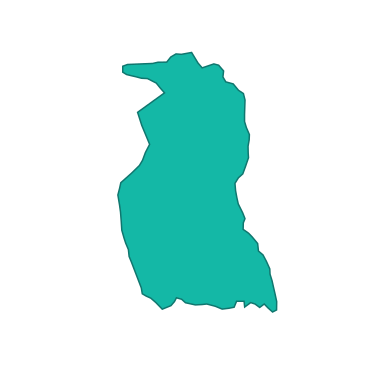 outline of Munhoz de Melo, Paraná, Brazil, rotated 153°
{"feature_id": "56859067B84090518695688", "entity_name": "Munhoz de Melo", "entity_type": "district", "adm_level": 2, "iso_a3": "BRA", "parent_name": "Brazil", "parent_adm1": "Paraná", "projection": "albers", "projection_center": [-51.738, -23.131], "detail": "fine", "context": "isolated", "style": "filled", "palette": "teal", "viewbox_px": 384, "rotation_deg": 153, "n_neighbors": 0, "source": "geoboundaries", "source_scale": "gbopen_adm2", "svg_char_len": 1454}
<svg xmlns="http://www.w3.org/2000/svg" viewBox="0 0 384 384"><g transform="rotate(153 192 192)"><path d="M282.5,123.9L280.1,120.1L276.9,116.1L274.4,109.9L271.7,101.1L262.3,100.3L257.4,102.3L253.9,104.8L249.9,101.1L248.1,96.3L240.3,89.9L234.2,87.2L229.7,85.5L223.1,79.6L218.3,74.0L212.0,71.7L206.8,70.2L201.9,74.4L195.2,71.0L197.3,65.6L189.9,66.8L186.7,63.6L184.1,58.4L178.5,59.4L176.9,54.2L174.7,48.5L170.2,48.5L166.3,55.9L164.4,63.0L162.6,70.2L161.0,76.4L159.8,83.3L157.6,88.2L157.2,96.3L157.3,103.7L159.6,109.2L156.9,116.3L158.8,124.7L160.3,129.6L163.4,135.5L160.3,141.2L156.9,144.2L156.3,150.3L156.2,160.4L154.6,166.6L152.6,173.3L149.8,180.2L144.2,183.6L138.5,185.1L132.6,190.6L126.1,196.9L124.2,201.3L121.3,207.3L117.4,212.5L114.8,217.1L114.3,224.8L113.2,230.9L110.0,237.2L103.0,249.9L101.5,256.4L104.4,261.5L106.2,269.6L111.9,274.8L112.2,280.5L108.9,285.5L110.7,292.9L114.4,296.2L126.6,298.0L128.1,304.2L129.0,316.5L139.0,319.5L143.6,322.3L149.7,321.9L155.6,319.2L163.5,323.1L168.7,324.4L191.6,334.9L196.6,335.5L199.3,330.2L197.0,326.4L193.2,323.1L189.6,320.1L185.4,316.3L180.2,313.3L174.4,305.3L173.0,298.7L171.5,292.8L204.3,287.7L206.5,274.3L208.1,253.7L215.5,248.4L221.7,242.7L226.8,239.5L237.4,236.2L251.2,232.6L254.8,228.2L259.4,223.0L262.5,213.2L264.8,206.6L268.5,197.7L271.9,189.8L273.5,181.6L274.3,176.5L274.8,169.6L277.3,163.1L277.8,157.0L278.5,150.3L280.7,129.6L282.5,123.9Z" fill="#14b8a6" stroke="#0f766e" stroke-width="1.5"/></g></svg>